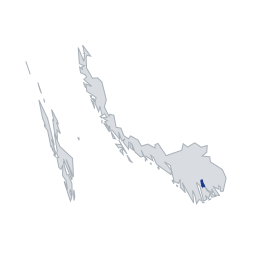 Ulvik nor, Hordaland, Norway shown in context, rotated 253°
{"feature_id": "86288312B21987069747825", "entity_name": "Ulvik nor", "entity_type": "district", "adm_level": 2, "iso_a3": "NOR", "parent_name": "Norway", "parent_adm1": "Hordaland", "projection": "equal_earth", "projection_center": [6.947, 60.609], "detail": "fine", "context": "in_parent", "style": "filled", "palette": "blue", "viewbox_px": 256, "rotation_deg": 253, "n_neighbors": 0, "source": "geoboundaries", "source_scale": "gbopen_adm2", "svg_char_len": 4600}
<svg xmlns="http://www.w3.org/2000/svg" viewBox="0 0 256 256"><g transform="rotate(253 128 128)"><path d="M154.9,111.5L144.7,113.3L146.5,114.6L144.3,118.2L132.2,116.8L129.9,121.2L121.9,121.7L117.5,125.3L119.7,128.2L113.5,134.1L106.8,135.5L106.8,142.2L101.0,148.1L104.3,149.1L104.4,152.2L90.4,156.4L91.0,172.9L96.8,176.2L92.4,179.3L94.3,187.5L88.2,192.3L88.1,198.6L81.7,196.2L79.6,190.7L76.5,197.8L71.6,196.8L60.7,206.1L51.5,207.2L39.7,200.5L40.5,197.8L44.3,199.1L46.4,197.9L42.7,197.0L46.8,192.6L36.7,195.8L38.2,191.9L45.3,190.2L41.5,189.8L44.7,186.4L51.4,183.8L44.9,185.3L36.9,191.9L37.4,187.7L41.2,187.4L37.0,184.4L41.0,182.2L36.8,182.7L36.0,179.0L51.7,179.8L56.1,177.4L36.8,177.7L38.7,175.0L35.6,171.4L43.9,172.3L49.4,171.5L37.2,168.9L59.8,163.9L49.4,164.0L55.8,160.7L63.8,162.9L60.2,160.2L63.3,156.4L79.8,157.6L84.9,153.0L74.5,157.2L70.8,155.5L84.8,144.8L92.3,143.8L95.2,141.9L89.4,142.3L95.8,136.9L93.9,135.7L102.9,134.1L96.3,134.7L96.7,131.4L103.0,127.7L112.5,127.0L105.4,126.5L108.9,124.2L113.7,125.9L114.2,124.6L107.6,122.4L116.0,119.2L118.5,121.8L117.4,118.5L127.0,117.7L119.4,116.9L130.3,112.3L131.1,110.1L135.5,111.2L133.6,109.9L140.9,107.7L140.9,110.4L145.3,106.7L144.3,111.0L148.6,109.7L147.4,106.9L157.0,107.5L152.2,104.7L161.4,103.7L166.6,106.4L175.1,99.3L182.5,100.6L178.3,105.5L187.4,100.0L188.7,103.4L191.4,102.7L194.7,98.8L200.5,99.6L197.5,101.6L200.1,101.7L200.2,104.6L203.7,100.3L219.5,103.9L204.5,105.3L211.6,108.1L220.5,108.8L207.7,113.3L209.5,110.1L207.8,108.6L197.4,105.9L186.1,108.5L184.8,113.6L179.6,116.5L161.4,115.5L154.9,111.5ZM110.5,50.4L120.8,51.4L120.0,53.1L124.6,52.2L126.6,53.6L144.4,55.9L130.2,57.5L115.3,66.1L97.1,61.5L115.9,59.7L97.6,60.3L94.8,59.1L117.3,57.3L112.6,56.9L114.7,56.2L101.1,55.9L100.9,57.3L91.3,58.1L79.6,54.9L86.3,54.9L83.4,53.5L78.5,54.2L75.0,51.6L94.3,51.2L95.8,51.6L87.1,52.3L96.1,53.3L101.6,51.5L111.7,54.8L108.0,51.8L110.5,50.4ZM132.6,48.8L149.2,50.4L153.5,48.8L155.5,49.0L154.4,49.9L162.5,49.2L180.8,51.0L160.6,53.9L135.8,52.7L132.8,52.3L139.8,51.6L126.6,51.6L123.5,50.9L127.3,50.5L121.2,50.1L130.3,50.2L129.1,49.3L132.9,49.7L132.6,48.8ZM145.9,56.5L158.3,58.5L156.3,59.2L168.1,60.3L154.9,62.6L152.4,62.4L153.8,61.3L142.4,61.7L146.8,59.5L137.1,57.0L145.9,56.5ZM114.0,116.7L119.5,115.6L103.5,119.5L111.5,116.3L111.7,113.2L116.2,111.5L114.0,116.7ZM122.3,110.9L129.9,110.6L121.2,113.0L122.3,110.9ZM129.6,109.1L140.1,106.2L134.7,109.3L129.6,109.1ZM74.4,55.1L82.7,57.2L84.6,58.1L78.1,57.1L74.4,55.1ZM108.6,113.5L110.2,116.3L104.0,115.6L108.6,113.5ZM166.2,100.7L162.2,102.5L156.2,101.7L162.9,101.4L166.2,100.7ZM167.1,102.0L165.6,104.2L163.0,103.6L167.1,102.0ZM96.6,119.7L102.5,119.1L96.2,120.9L96.6,119.7ZM221.1,49.8L208.0,50.2L221.6,49.8L221.1,49.8ZM190.2,54.9L197.9,55.1L186.3,55.4L190.2,54.9ZM178.9,99.2L183.2,98.7L184.7,99.1L178.9,99.2ZM169.9,101.4L169.2,102.6L167.9,101.6L169.9,101.4ZM147.3,104.7L147.4,105.9L145.7,105.5L147.3,104.7ZM133.3,77.3L132.8,78.3L130.7,77.5L133.3,77.3ZM180.8,56.0L177.2,55.9L176.8,55.7L180.8,56.0ZM81.3,144.8L82.5,146.0L79.2,145.7L81.3,144.8ZM139.9,104.4L142.1,104.9L143.4,105.6L139.9,104.4ZM123.5,49.2L125.0,49.7L122.7,49.5L123.5,49.2ZM64.9,155.5L61.1,155.7L65.0,154.9L64.9,155.5ZM59.5,157.5L58.1,158.5L57.5,158.0L59.5,157.5ZM95.3,121.2L93.4,122.3L95.4,120.5L95.3,121.2ZM36.3,184.9L35.8,186.7L35.6,184.4L36.3,184.9ZM92.4,135.9L91.5,135.0L92.6,135.1L92.4,135.9ZM212.3,107.0L212.1,108.0L211.9,107.8L212.3,107.0ZM93.5,136.8L91.3,137.0L93.9,136.6L93.5,136.8ZM87.4,138.9L87.6,139.8L86.6,139.5L87.4,138.9ZM35.4,177.5L34.4,178.6L34.6,177.7L35.4,177.5Z" fill="#d9dde1" stroke="#a8b0b8" stroke-width="1"/><path d="M51.3,181.7L51.2,181.7L51.2,181.8L51.0,182.0L50.9,182.1L50.8,182.3L50.7,182.3L50.2,182.3L50.3,182.4L50.4,182.5L50.2,182.7L50.2,182.8L50.1,183.0L50.1,183.3L50.0,183.5L50.0,183.8L49.9,183.8L49.7,183.9L49.5,184.1L49.8,184.0L50.0,184.1L50.3,184.0L50.5,184.0L50.7,183.9L50.8,183.8L50.8,183.7L50.7,183.7L50.8,183.6L50.7,183.6L50.8,183.5L50.8,183.4L50.7,183.4L50.8,183.3L50.7,183.3L50.8,183.3L50.7,183.3L50.8,183.3L51.0,183.3L50.9,183.3L50.9,183.5L51.0,183.6L51.1,183.4L51.3,183.3L51.4,183.2L51.5,183.2L51.5,183.3L51.4,183.3L51.3,183.5L51.2,183.5L51.0,183.8L50.9,183.8L50.8,184.0L51.0,184.0L51.0,183.9L51.3,183.8L51.5,183.7L52.0,183.7L52.7,183.6L53.1,183.6L53.2,183.3L53.2,183.2L53.3,183.1L53.5,183.1L54.9,183.5L56.1,183.6L56.9,183.7L57.1,183.7L56.7,183.6L56.4,183.4L56.4,183.2L56.4,182.7L55.7,182.5L54.9,182.5L55.1,182.3L54.0,182.2L53.9,182.2L53.5,182.1L53.2,182.1L52.9,182.1L52.7,182.2L52.4,182.1L52.2,182.0L51.6,182.0L51.5,181.9L51.4,181.9L51.3,181.7Z" fill="#3b82f6" stroke="#1e3a8a" stroke-width="1.5"/></g></svg>